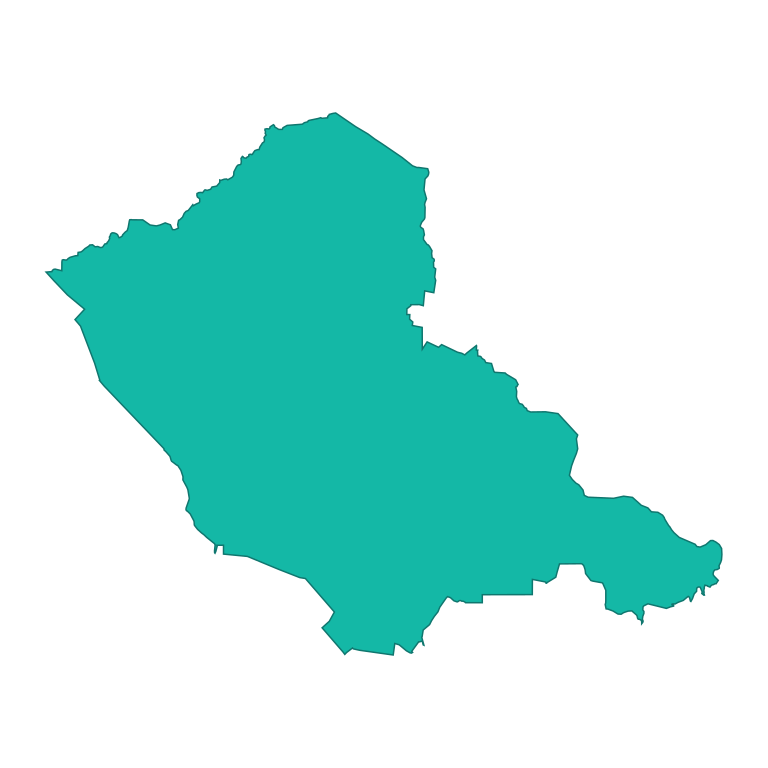 Meoqui, Chihuahua, Mexico (Mercator projection)
{"feature_id": "50627088B21598242186115", "entity_name": "Meoqui", "entity_type": "district", "adm_level": 2, "iso_a3": "MEX", "parent_name": "Mexico", "parent_adm1": "Chihuahua", "projection": "mercator", "projection_center": [-105.475, 28.358], "detail": "fine", "context": "isolated", "style": "filled", "palette": "teal", "viewbox_px": 768, "rotation_deg": 0, "n_neighbors": 0, "source": "geoboundaries", "source_scale": "gbopen_adm2", "svg_char_len": 6100}
<svg xmlns="http://www.w3.org/2000/svg" viewBox="0 0 768 768"><path d="M344.8,654.4L346.6,652.5L352.5,648.0L353.2,648.8L353.9,649.0L359.8,650.3L393.2,655.0L394.8,643.5L399.2,644.8L406.4,650.8L410.0,652.8L411.5,653.1L412.6,652.4L411.7,651.4L418.7,641.8L419.4,641.9L422.2,641.0L423.2,644.9L423.9,645.2L421.7,637.1L422.1,636.8L423.2,630.0L429.6,624.6L431.6,620.6L434.4,616.3L437.9,611.9L439.8,607.2L446.2,598.0L447.6,596.6L450.5,597.7L453.9,600.8L457.1,601.9L458.0,601.6L459.2,600.7L460.1,600.5L460.9,600.7L461.8,601.2L463.2,601.2L464.7,601.9L465.5,602.7L482.3,602.7L482.3,594.7L532.3,594.6L532.4,579.4L544.7,581.8L546.1,582.4L546.1,583.2L546.6,583.2L546.7,582.8L555.8,577.2L557.1,572.1L559.5,563.9L581.4,563.7L582.4,564.2L583.7,565.6L584.2,566.9L585.1,569.7L585.6,573.6L590.9,580.5L592.8,581.1L602.1,582.8L602.7,583.2L605.8,590.3L605.8,600.4L605.7,602.9L605.2,604.5L606.1,608.9L607.9,609.1L613.0,611.0L617.9,614.0L618.8,614.1L621.2,614.2L623.5,612.7L625.1,612.1L628.2,611.1L631.8,610.9L636.5,615.0L637.0,615.7L637.6,618.3L638.2,619.2L639.2,619.3L640.6,619.8L641.2,620.4L641.7,621.6L641.7,623.7L642.8,622.3L643.1,621.1L642.4,619.2L642.8,616.3L643.9,613.4L643.9,611.4L642.8,609.9L643.0,607.1L643.3,606.4L643.9,605.8L647.9,603.8L666.4,608.4L670.6,606.8L673.6,606.1L673.6,605.4L672.0,604.7L671.9,604.3L673.1,603.8L675.0,604.0L678.2,602.3L683.3,600.4L688.1,596.4L688.4,596.4L689.5,597.5L690.3,600.7L690.5,601.3L690.9,601.5L692.5,598.6L694.2,593.9L696.6,591.3L696.7,588.2L698.2,587.0L699.5,587.0L700.2,587.3L702.2,591.9L701.8,593.5L703.9,595.2L704.4,595.1L703.9,593.4L704.1,592.3L703.8,590.2L704.3,588.3L704.2,587.6L704.9,585.2L707.3,585.7L707.5,586.1L710.0,587.1L710.9,585.8L712.3,584.8L713.6,584.6L714.9,583.7L716.0,583.8L718.3,580.4L714.2,576.2L713.3,574.9L713.1,573.8L713.6,571.5L714.8,569.9L717.3,569.5L719.2,568.4L719.3,567.5L719.0,565.8L720.7,562.3L721.5,559.9L721.9,554.5L721.6,548.5L719.3,544.6L716.0,542.1L712.9,540.5L710.5,540.6L705.8,544.7L700.1,547.1L696.8,546.5L695.2,544.3L679.2,537.4L673.9,532.6L671.6,529.8L669.8,526.8L668.6,525.5L664.8,519.2L664.2,517.5L662.6,515.2L657.9,512.3L651.4,511.8L647.9,507.9L641.3,505.3L632.5,497.4L623.6,496.2L613.6,498.3L588.1,497.2L584.3,495.4L583.0,490.0L578.8,484.8L575.9,483.1L572.3,479.5L569.4,475.3L571.6,465.8L573.7,460.0L576.4,453.4L577.7,448.8L576.4,438.8L577.7,435.0L558.0,413.6L545.5,411.8L530.6,412.0L527.2,410.6L526.4,408.4L524.3,407.4L523.6,406.1L522.2,404.3L519.6,403.6L518.7,402.5L518.0,400.6L517.0,398.8L516.4,396.7L516.7,391.4L515.8,387.1L517.0,386.5L517.3,385.5L518.1,384.5L515.7,379.8L506.5,374.3L505.2,373.0L494.7,372.3L493.9,371.5L491.5,363.5L485.8,362.6L484.5,360.0L482.6,358.8L481.7,358.0L481.0,356.8L480.4,356.4L477.8,355.9L477.5,351.0L477.8,350.2L476.3,350.0L476.6,345.9L476.4,345.5L466.8,353.0L464.8,354.9L461.8,353.3L457.5,352.2L441.6,344.6L438.6,347.3L427.1,341.9L422.3,349.2L422.2,327.4L412.3,325.5L412.8,322.0L409.6,319.2L409.8,314.6L406.8,314.5L406.9,308.8L410.8,305.7L410.8,304.7L419.3,304.6L423.3,305.7L424.7,290.9L433.8,292.7L435.7,280.3L434.7,277.2L435.7,268.9L433.7,267.3L433.5,262.1L434.3,260.9L434.1,259.2L432.1,257.7L431.6,253.5L432.0,250.7L429.5,246.4L428.2,244.9L427.1,244.5L423.5,239.6L423.5,236.8L424.4,234.9L423.6,230.4L423.1,228.9L420.7,227.2L420.3,226.3L420.4,225.4L421.7,222.3L424.5,218.9L424.9,217.4L425.1,207.3L424.6,204.6L425.0,202.5L426.5,198.8L424.0,189.9L425.0,179.4L425.2,178.8L427.9,175.9L428.6,174.0L428.8,172.2L427.7,168.7L418.9,167.5L416.9,167.5L412.5,165.8L402.1,157.5L381.9,143.7L374.7,139.0L368.0,134.0L355.7,126.7L335.7,113.0L332.9,113.4L329.3,114.4L329.3,114.7L327.7,116.4L327.6,117.8L321.9,118.3L320.8,117.7L318.1,118.5L309.5,120.3L308.3,120.7L307.7,121.8L304.3,122.7L302.4,124.2L287.1,125.4L283.0,127.7L282.3,129.4L278.7,129.4L274.7,126.9L274.4,125.5L273.4,124.7L270.0,126.9L269.8,128.2L268.9,129.0L266.9,128.7L265.0,129.1L264.9,130.2L265.5,131.5L265.2,133.6L265.9,134.5L266.0,135.4L265.1,136.0L264.0,137.8L264.5,139.6L264.3,141.3L263.7,142.2L262.5,142.9L259.8,147.1L259.1,149.6L257.6,149.6L254.9,150.6L253.6,152.3L252.4,154.4L251.5,154.6L251.0,154.2L249.3,154.4L248.8,154.9L248.7,156.4L246.9,157.2L246.0,158.2L243.9,157.8L243.0,156.7L242.4,156.4L241.0,158.4L241.3,161.6L241.0,163.9L240.3,164.6L238.1,165.0L236.7,166.4L233.9,171.9L233.7,175.2L232.5,177.1L227.8,179.8L226.6,179.0L224.2,179.2L220.8,180.4L219.8,180.0L219.7,182.6L216.7,186.1L212.0,187.0L210.6,189.3L207.0,190.4L205.7,189.9L204.7,190.0L202.6,192.7L200.9,192.4L198.8,192.6L197.0,193.5L196.9,195.4L197.4,197.0L199.7,198.8L199.7,201.7L199.2,202.7L196.2,204.0L193.3,205.7L192.8,204.7L188.3,210.4L186.0,211.4L184.2,213.4L182.6,217.1L180.0,219.6L178.6,220.3L177.7,224.6L178.4,228.1L174.9,229.7L172.5,229.6L170.4,224.8L165.2,222.9L160.0,225.0L156.4,225.9L150.1,225.0L142.8,219.9L131.9,219.8L131.2,219.6L129.7,219.8L129.3,221.1L128.2,227.4L127.2,230.6L125.3,232.0L123.6,233.8L122.6,234.9L122.5,235.7L122.0,236.2L120.2,237.4L119.0,237.7L117.5,234.6L116.0,233.6L114.4,233.0L112.7,232.8L111.8,233.0L110.6,234.1L110.3,235.7L109.6,236.5L109.4,237.3L109.7,238.4L108.8,240.5L107.9,241.8L107.1,242.5L106.9,243.6L104.8,244.0L102.8,246.9L102.0,247.4L100.2,247.5L97.8,246.5L95.1,246.8L92.6,244.8L89.8,245.0L88.6,246.3L85.1,248.5L82.3,251.1L80.8,252.0L78.1,252.4L77.8,255.6L75.3,255.8L70.1,257.3L68.2,258.5L67.1,259.7L66.2,260.1L63.2,259.7L62.2,260.1L61.9,262.0L61.8,270.7L55.1,269.1L53.6,269.4L52.4,270.4L51.9,271.6L46.1,272.1L53.9,280.7L67.4,294.9L84.6,309.2L75.0,319.6L80.5,326.1L94.6,363.1L99.8,380.1L99.4,380.4L104.3,386.2L164.0,448.7L164.0,449.9L166.1,451.9L170.0,456.4L171.1,460.2L171.6,461.2L176.7,465.1L177.7,465.4L180.9,470.3L183.0,476.7L182.9,479.9L186.9,487.3L187.9,489.8L189.3,498.3L189.2,499.2L186.1,508.1L186.0,509.8L186.6,510.8L187.1,510.9L190.2,513.9L193.7,520.5L194.1,521.6L194.3,524.8L194.5,525.4L197.6,529.4L201.6,533.0L204.0,534.8L206.6,537.3L214.7,543.8L215.1,545.3L214.5,550.9L214.6,552.7L215.0,553.2L215.8,551.5L217.3,545.7L217.0,545.3L223.5,545.2L223.5,554.1L247.4,556.4L278.8,569.4L299.8,577.6L305.4,578.5L334.4,612.0L329.3,621.3L322.1,627.8L343.0,652.0L344.8,654.4Z" fill="#14b8a6" stroke="#0f766e" stroke-width="1.5"/></svg>